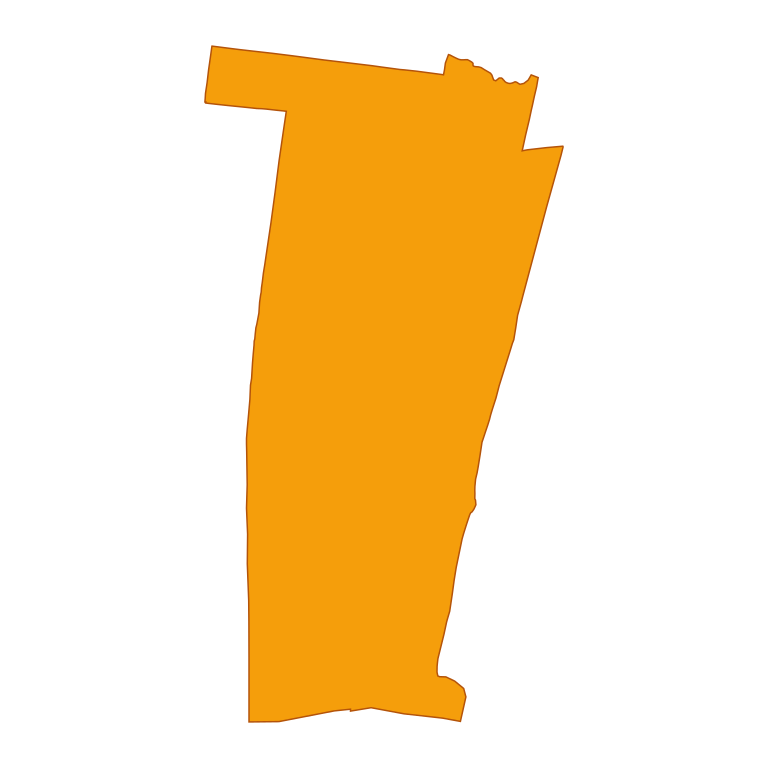 outline of Catane, Dolj, Romania
{"feature_id": "2599482B93473843734179", "entity_name": "Catane", "entity_type": "district", "adm_level": 2, "iso_a3": "ROU", "parent_name": "Romania", "parent_adm1": "Dolj", "projection": "robinson", "projection_center": [23.421, 43.905], "detail": "fine", "context": "isolated", "style": "filled", "palette": "amber", "viewbox_px": 768, "rotation_deg": 0, "n_neighbors": 0, "source": "geoboundaries", "source_scale": "gbopen_adm2", "svg_char_len": 2591}
<svg xmlns="http://www.w3.org/2000/svg" viewBox="0 0 768 768"><path d="M562.8,146.2L546.7,147.6L527.5,149.8L522.2,150.8L525.6,135.1L529.3,119.6L531.3,110.1L532.3,105.8L534.4,96.1L536.6,86.8L537.7,80.3L538.2,77.6L535.3,76.5L531.2,74.9L529.5,77.9L528.1,80.2L526.1,81.7L523.9,83.4L522.2,83.8L519.9,84.3L519.3,83.9L518.4,83.4L517.3,82.6L515.8,81.9L514.8,81.9L513.5,82.5L512.3,83.0L510.0,83.5L508.0,83.2L506.0,82.4L504.7,81.4L504.1,80.5L503.1,79.6L502.5,78.7L501.4,78.0L499.2,78.0L495.8,80.8L493.7,80.0L493.6,79.9L491.9,75.1L490.5,73.2L484.5,69.7L483.7,69.2L481.2,67.6L478.7,66.9L475.1,66.6L473.7,66.2L473.1,65.7L473.0,64.7L473.0,63.3L471.8,62.1L469.5,60.7L467.5,59.7L465.5,59.7L463.5,59.8L461.0,59.8L458.7,59.3L455.8,58.0L454.0,57.1L453.0,56.6L452.2,56.2L451.7,55.9L451.4,55.7L451.1,55.7L450.7,55.4L450.2,55.1L448.5,54.6L445.4,63.0L444.5,69.7L443.5,74.8L442.4,74.6L416.7,71.2L404.6,69.9L399.9,69.5L382.0,67.1L372.0,65.7L342.8,62.2L324.2,60.0L304.6,57.4L292.4,55.8L273.1,53.4L248.4,50.6L238.8,49.5L233.2,48.8L215.9,46.6L212.0,46.1L211.9,46.4L210.5,56.5L209.3,64.9L208.6,69.8L207.1,82.7L205.5,93.3L205.2,98.4L204.9,102.0L205.9,102.0L205.7,103.0L208.6,103.4L217.5,104.4L227.8,105.5L235.7,106.3L243.7,107.1L250.5,107.8L256.8,108.5L261.8,108.7L266.5,109.1L277.2,110.3L283.2,110.9L286.3,111.3L283.2,132.3L279.1,160.6L275.1,192.2L271.0,222.5L266.1,255.6L264.8,264.5L263.4,273.1L262.3,282.2L261.5,287.7L261.2,292.1L260.6,295.1L259.6,302.3L258.9,313.1L256.8,324.3L255.9,327.8L255.2,334.3L254.8,338.9L254.2,341.1L254.0,345.5L253.2,354.4L252.5,363.1L251.6,378.4L250.5,385.1L249.9,399.4L248.6,414.2L247.2,429.6L246.5,438.4L246.5,444.0L246.7,452.1L247.2,484.7L246.5,508.2L247.6,534.2L247.3,563.7L248.7,600.5L248.9,621.3L249.0,657.6L249.0,684.3L249.0,721.9L252.4,721.9L278.9,721.6L334.2,710.9L350.5,709.2L350.5,711.1L371.1,707.7L403.9,713.8L442.4,718.1L460.4,721.4L465.9,696.9L463.7,688.5L454.7,681.1L445.9,676.9L439.6,676.7L437.8,675.9L437.0,672.1L437.1,666.3L437.4,663.2L437.9,658.7L444.0,634.1L445.4,627.6L446.6,622.0L447.4,619.1L449.7,611.3L452.4,593.1L454.1,580.5L456.2,567.5L462.1,538.9L463.7,533.3L466.4,524.7L468.2,519.2L469.8,514.5L470.7,512.8L472.1,511.8L474.0,509.0L475.9,504.8L475.5,500.1L474.8,498.7L474.9,493.4L474.8,490.2L474.9,486.5L475.6,479.1L477.1,472.8L478.2,466.7L480.2,454.2L482.0,442.2L483.2,438.7L485.5,431.7L487.7,425.2L489.5,419.5L490.7,414.7L492.3,409.4L496.0,397.9L499.2,385.6L505.4,365.8L510.2,350.5L512.4,343.3L513.8,339.7L515.7,328.1L517.6,315.3L521.5,301.2L522.9,295.7L546.5,207.3L561.1,155.0L563.1,146.9L562.8,146.2Z" fill="#f59e0b" stroke="#b45309" stroke-width="1.5"/></svg>